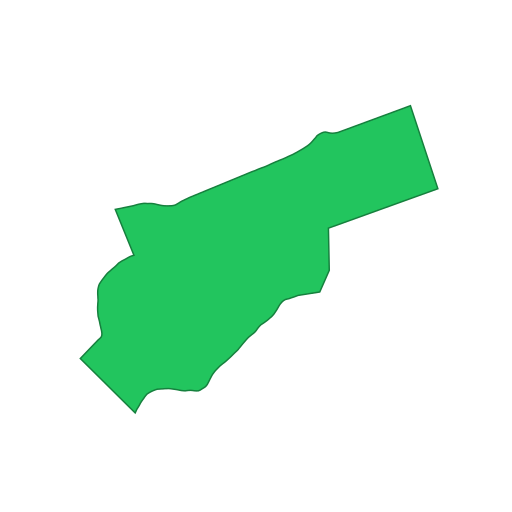 General Angel V. Peñaloza, La Rioja, Argentina, rotated 66°
{"feature_id": "61730980B31870245826613", "entity_name": "General Angel V. Peñaloza", "entity_type": "district", "adm_level": 2, "iso_a3": "ARG", "parent_name": "Argentina", "parent_adm1": "La Rioja", "projection": "natural_earth1", "projection_center": [-66.64, -30.285], "detail": "fine", "context": "isolated", "style": "filled", "palette": "green", "viewbox_px": 512, "rotation_deg": 66, "n_neighbors": 0, "source": "geoboundaries", "source_scale": "gbopen_adm2", "svg_char_len": 3360}
<svg xmlns="http://www.w3.org/2000/svg" viewBox="0 0 512 512"><g transform="rotate(66 256 256)"><path d="M156.2,365.6L205.7,367.2L205.4,369.3L205.3,371.2L205.4,373.1L205.6,375.0L205.8,376.9L205.9,378.8L206.0,380.6L206.3,382.5L206.6,384.4L207.3,386.1L208.0,387.9L208.6,389.7L209.1,391.5L209.6,393.3L210.2,395.1L210.7,396.9L211.3,398.7L212.1,400.4L213.0,402.1L213.9,403.7L214.8,405.4L215.7,407.0L216.7,408.6L217.7,410.2L218.9,411.5L220.4,412.7L221.9,413.8L223.4,414.7L225.1,415.5L226.7,416.2L228.4,416.8L230.1,417.5L231.8,418.1L233.4,418.9L235.0,419.8L236.6,420.6L238.3,421.5L239.9,422.2L241.6,422.9L243.3,423.5L245.0,424.1L246.7,424.7L248.5,425.0L250.3,425.3L252.1,425.6L253.8,426.0L255.6,426.4L257.3,426.7L259.1,427.1L260.9,427.4L262.6,427.8L264.4,428.4L266.0,429.3L267.2,430.6L267.9,432.4L268.4,434.2L278.2,458.2L350.2,430.2L349.0,428.8L347.8,427.5L346.7,425.9L345.7,424.4L344.6,422.9L343.4,421.4L342.4,419.9L341.4,418.3L340.5,416.6L339.5,415.1L338.6,413.4L337.8,411.7L337.5,409.9L337.3,408.0L337.2,406.1L337.2,404.2L337.3,402.3L337.5,400.4L338.2,398.6L338.8,396.9L339.5,395.1L340.1,393.3L340.8,391.6L341.5,389.8L342.4,388.2L343.4,386.6L344.4,385.0L345.4,383.4L346.4,381.9L347.5,380.4L348.6,378.8L349.5,377.2L350.4,375.5L350.9,373.7L351.5,371.9L352.2,370.2L353.1,368.6L354.1,367.0L355.0,365.3L355.7,363.6L355.8,361.7L355.5,359.8L355.0,356.0L354.4,354.3L353.5,352.7L352.3,351.2L351.1,349.7L349.9,348.3L348.8,346.9L347.6,345.4L346.5,343.9L345.6,342.3L344.7,340.7L343.9,339.0L343.2,337.2L342.5,335.5L341.8,333.7L341.3,331.9L340.8,330.1L340.4,328.2L339.9,326.4L339.3,324.6L338.7,322.8L338.1,321.0L337.5,319.3L336.8,317.5L336.1,315.7L335.5,314.0L334.9,312.2L334.2,310.4L333.3,308.8L332.5,307.1L331.6,305.4L330.8,303.8L330.0,302.1L329.2,300.4L328.4,298.7L327.6,296.9L327.0,295.2L326.5,293.3L326.0,291.5L325.6,289.7L325.0,287.9L324.2,286.2L323.2,284.6L322.3,283.0L321.5,281.3L320.8,279.5L320.5,277.6L320.2,275.8L319.8,273.9L319.4,272.1L318.9,270.3L318.3,268.5L317.8,266.6L317.1,264.9L316.3,263.2L315.3,261.6L314.3,260.0L313.3,258.5L312.2,257.0L311.1,255.5L310.0,253.9L309.2,252.3L308.4,250.5L307.9,248.7L307.7,246.9L308.0,245.0L308.4,243.1L308.5,241.2L308.7,239.3L308.9,237.4L309.0,235.5L309.1,233.6L314.8,212.4L298.9,194.9L260.0,178.5L268.5,62.5L181.5,53.8L176.6,128.8L176.5,130.7L176.1,132.5L175.6,134.3L175.0,136.1L174.1,137.8L173.1,139.3L171.9,140.8L170.9,142.3L170.4,144.1L170.3,146.1L170.4,147.9L170.6,149.8L171.1,151.7L172.1,153.3L172.8,155.0L173.6,156.7L174.4,158.4L175.1,160.1L175.7,161.9L176.2,163.8L176.5,165.6L176.8,167.5L177.1,169.4L177.3,171.2L177.5,173.1L177.7,175.0L177.9,176.9L178.0,178.8L178.2,180.7L178.2,182.6L178.2,184.5L178.2,186.4L178.3,188.3L178.3,190.2L178.3,192.1L178.2,194.0L178.1,195.9L178.1,197.8L178.0,199.6L178.0,201.5L178.0,203.4L178.0,205.3L178.1,207.2L178.1,209.1L178.1,211.0L178.0,212.9L177.8,214.8L177.7,216.7L177.6,218.6L177.6,220.5L177.6,222.4L177.4,224.3L177.3,226.2L175.5,291.9L175.5,293.8L175.6,295.7L175.6,297.6L175.7,299.5L175.7,301.3L175.9,303.2L176.2,305.1L176.4,307.0L176.6,308.9L176.3,310.7L175.8,312.6L175.1,314.3L174.4,316.1L173.6,317.8L172.8,319.4L171.8,321.1L170.8,322.6L169.7,324.1L168.6,325.6L167.4,327.1L166.4,328.6L165.5,330.2L164.7,331.9L164.0,333.7L163.1,335.3L162.3,337.0L161.8,338.8L161.3,340.7L160.9,342.5L160.6,344.4L160.2,347.5L156.2,365.6Z" fill="#22c55e" stroke="#15803d" stroke-width="1.5"/></g></svg>